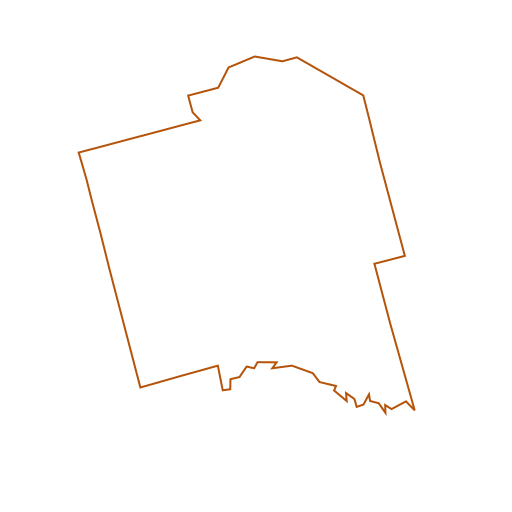 the district of Independence, Arkansas, United States of America, rotated 74°
{"feature_id": "52423323B87068688197244", "entity_name": "Independence", "entity_type": "district", "adm_level": 2, "iso_a3": "USA", "parent_name": "United States of America", "parent_adm1": "Arkansas", "projection": "natural_earth1", "projection_center": [-91.46, 35.735], "detail": "fine", "context": "isolated", "style": "outline", "palette": "amber", "viewbox_px": 512, "rotation_deg": 74, "n_neighbors": 0, "source": "geoboundaries", "source_scale": "gbopen_adm2", "svg_char_len": 759}
<svg xmlns="http://www.w3.org/2000/svg" viewBox="0 0 512 512"><g transform="rotate(74 256 256)"><path d="M107.7,397.9L135.7,397.8L156.5,398.5L191.2,399.2L229.0,400.5L350.5,403.4L350.6,360.2L350.9,322.9L375.9,325.0L377.0,317.5L367.4,314.5L367.8,305.2L359.7,295.5L363.4,288.7L358.5,283.8L363.9,265.5L368.4,271.3L371.3,251.7L384.3,233.7L394.7,229.7L403.0,214.9L406.8,218.0L420.4,208.8L412.6,207.2L420.6,200.8L428.8,200.8L428.4,193.6L420.1,185.5L426.8,186.3L431.4,178.6L442.4,174.8L434.9,172.9L440.5,167.9L437.1,151.9L448.1,146.0L357.5,145.6L296.1,144.3L296.9,112.9L199.9,111.1L155.6,109.4L131.2,108.6L76.3,162.0L76.1,177.0L63.9,202.2L67.2,230.4L83.8,245.9L83.1,277.0L100.4,277.3L110.2,272.2L107.7,397.9Z" fill="none" stroke="#b45309" stroke-width="2"/></g></svg>